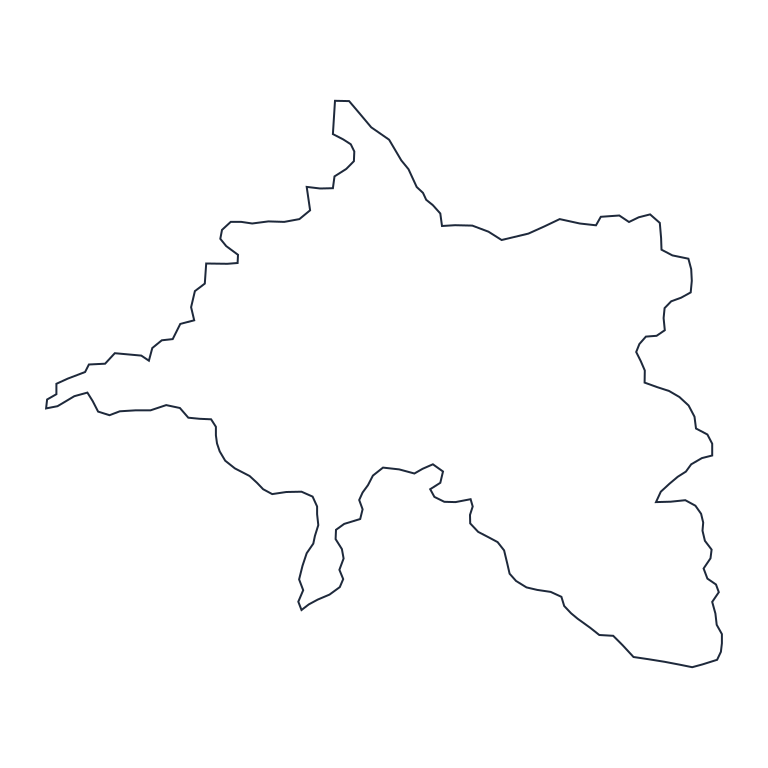 the district of Cuparaque, Minas Gerais, Brazil, rotated 270°
{"feature_id": "56859067B86280863594268", "entity_name": "Cuparaque", "entity_type": "district", "adm_level": 2, "iso_a3": "BRA", "parent_name": "Brazil", "parent_adm1": "Minas Gerais", "projection": "equal_earth", "projection_center": [-41.139, -18.989], "detail": "fine", "context": "isolated", "style": "outline", "palette": "slate", "viewbox_px": 768, "rotation_deg": 270, "n_neighbors": 0, "source": "geoboundaries", "source_scale": "gbopen_adm2", "svg_char_len": 2817}
<svg xmlns="http://www.w3.org/2000/svg" viewBox="0 0 768 768"><g transform="rotate(270 384 384)"><path d="M158.0,301.5L163.6,308.8L168.4,317.7L173.4,329.5L180.9,339.8L188.9,343.2L198.2,339.4L209.5,343.6L218.9,341.9L228.9,335.6L238.2,336.0L244.1,344.2L249.0,360.2L258.7,362.6L268.0,359.2L275.5,362.6L282.9,368.0L292.4,372.9L300.4,383.0L298.6,399.2L294.5,414.4L299.2,422.6L303.7,432.9L296.5,443.0L285.2,440.3L278.8,430.2L271.1,434.4L266.2,444.3L265.9,455.5L268.8,470.6L261.5,472.7L253.1,470.0L244.6,470.2L236.1,478.2L230.5,489.0L225.9,497.6L217.6,504.1L204.3,507.3L194.3,509.6L187.0,516.1L180.6,526.5L178.1,537.2L176.1,550.7L171.2,561.4L162.0,564.2L154.7,571.1L149.3,577.6L140.3,590.1L133.0,599.3L132.2,613.2L122.9,622.5L111.0,633.5L108.8,648.4L106.2,664.6L103.3,679.8L100.8,692.2L103.6,702.5L108.2,717.1L116.2,720.9L124.7,721.9L133.9,721.9L143.2,716.7L154.5,715.4L166.1,712.2L175.8,718.8L183.5,716.0L189.4,707.4L199.5,703.6L209.7,710.5L218.4,711.6L227.2,704.9L237.3,702.5L245.4,703.2L254.2,701.1L262.3,695.4L267.8,685.3L266.3,670.7L265.9,656.0L276.3,660.8L284.3,669.5L291.2,677.7L296.4,685.9L303.7,691.2L309.9,701.9L312.5,712.2L324.3,712.2L333.5,707.4L339.5,696.0L351.3,694.5L362.5,688.6L371.0,679.4L377.0,669.1L380.9,657.1L385.4,644.6L397.5,644.8L406.8,640.8L416.0,636.2L424.0,639.4L431.4,645.9L432.2,656.6L437.8,664.8L449.9,663.6L459.9,664.6L466.7,671.2L470.3,681.1L475.6,690.7L487.2,691.8L498.8,691.2L509.3,688.4L512.6,672.4L518.3,661.5L529.9,661.1L545.1,659.8L553.6,650.1L550.7,638.7L546.0,629.0L552.5,619.3L551.2,600.8L542.7,596.0L544.5,579.8L548.9,559.7L541.7,544.6L534.4,528.4L528.0,501.6L536.3,488.5L542.4,472.3L542.8,455.0L542.0,442.0L554.5,440.3L562.8,432.9L568.2,426.2L575.1,423.0L581.0,416.7L598.8,408.5L607.6,401.3L628.3,389.1L640.7,371.2L654.3,359.8L666.9,349.1L667.2,335.0L633.9,332.9L628.6,343.2L623.7,350.8L616.5,354.3L606.8,353.9L599.1,346.3L591.6,334.5L579.8,332.9L579.5,320.2L581.1,306.7L557.7,310.1L548.9,299.4L546.1,284.2L546.6,268.4L544.5,252.2L546.1,241.4L546.1,230.7L538.1,222.0L529.2,220.3L521.9,226.2L513.2,238.0L505.0,237.6L504.2,227.3L504.5,206.2L484.4,204.8L476.9,194.9L460.8,191.1L447.7,194.2L444.1,180.3L428.9,172.7L427.7,161.8L420.0,152.3L407.3,148.9L412.4,141.3L414.8,114.8L404.3,105.1L403.5,88.9L396.0,85.1L389.4,67.8L384.2,56.4L373.8,56.4L368.5,47.1L359.6,46.1L361.8,57.5L366.9,66.1L371.8,74.3L375.4,87.4L366.9,92.7L356.4,98.1L352.8,109.5L356.7,119.8L357.7,136.1L357.7,150.6L362.9,166.2L360.0,179.9L350.3,188.3L349.2,199.7L348.7,211.1L341.2,215.9L332.7,215.9L324.6,217.0L316.6,219.7L307.3,225.2L299.6,234.9L292.0,249.6L285.2,257.0L278.8,263.1L273.9,272.2L276.0,286.3L276.3,301.5L271.4,312.6L261.5,317.1L253.8,317.1L242.9,318.3L232.0,314.9L224.4,313.3L214.8,306.7L202.2,302.5L188.6,299.1L177.8,303.2L166.3,298.3L158.0,301.5Z" fill="none" stroke="#1e293b" stroke-width="2"/></g></svg>